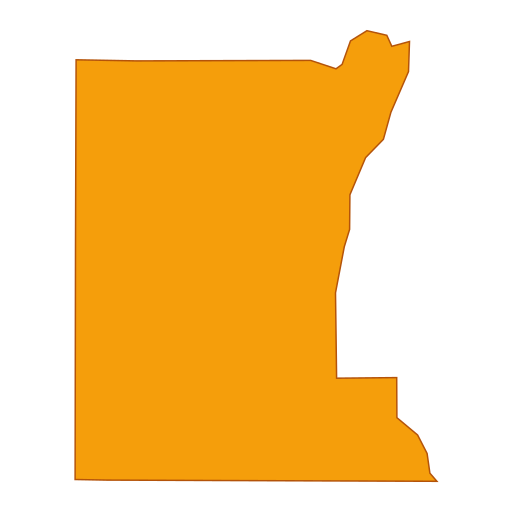 the district of Rusk, Texas, United States of America
{"feature_id": "52423323B2750647625909", "entity_name": "Rusk", "entity_type": "district", "adm_level": 2, "iso_a3": "USA", "parent_name": "United States of America", "parent_adm1": "Texas", "projection": "orthographic", "projection_center": [-94.628, 32.126], "detail": "fine", "context": "isolated", "style": "filled", "palette": "amber", "viewbox_px": 512, "rotation_deg": 0, "n_neighbors": 0, "source": "geoboundaries", "source_scale": "gbopen_adm2", "svg_char_len": 464}
<svg xmlns="http://www.w3.org/2000/svg" viewBox="0 0 512 512"><path d="M76.1,59.8L75.5,246.0L75.1,479.5L107.2,480.1L436.9,481.3L429.9,473.2L427.1,453.5L417.6,435.0L396.9,417.7L396.7,377.6L336.6,378.2L335.5,292.8L344.3,246.7L349.6,229.4L349.9,194.8L365.6,157.6L383.4,139.3L390.9,112.3L408.5,71.6L409.5,41.5L391.8,46.3L386.8,35.3L366.9,30.7L350.5,40.9L342.1,64.4L336.0,68.8L310.6,60.4L136.5,60.9L76.1,59.8Z" fill="#f59e0b" stroke="#b45309" stroke-width="1.5"/></svg>